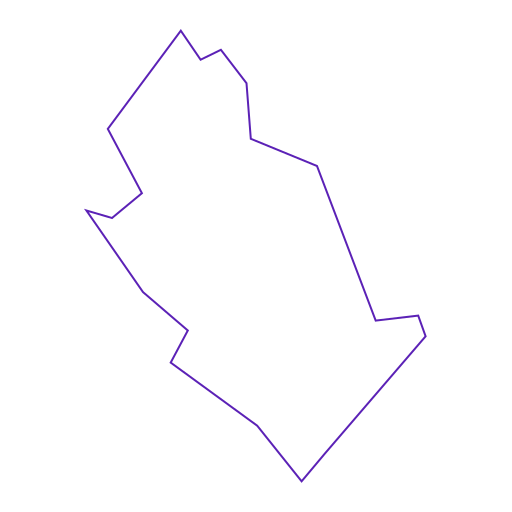 Budi, Eastern Equatoria, South Sudan (Natural Earth projection)
{"feature_id": "79223893B70583427213056", "entity_name": "Budi", "entity_type": "district", "adm_level": 2, "iso_a3": "SSD", "parent_name": "South Sudan", "parent_adm1": "Eastern Equatoria", "projection": "natural_earth1", "projection_center": [33.404, 4.372], "detail": "fine", "context": "isolated", "style": "outline", "palette": "violet", "viewbox_px": 512, "rotation_deg": 0, "n_neighbors": 0, "source": "geoboundaries", "source_scale": "gbopen_adm2", "svg_char_len": 374}
<svg xmlns="http://www.w3.org/2000/svg" viewBox="0 0 512 512"><path d="M301.6,481.3L325.0,453.4L425.6,336.3L418.2,315.6L375.7,320.6L317.0,166.0L250.8,138.8L246.5,83.2L220.9,49.8L200.6,59.7L180.8,30.7L107.8,128.9L141.9,193.2L112.0,218.0L86.4,210.5L105.2,237.6L143.0,292.1L187.8,330.5L170.7,362.6L257.2,425.7L301.6,481.3Z" fill="none" stroke="#5b21b6" stroke-width="2"/></svg>